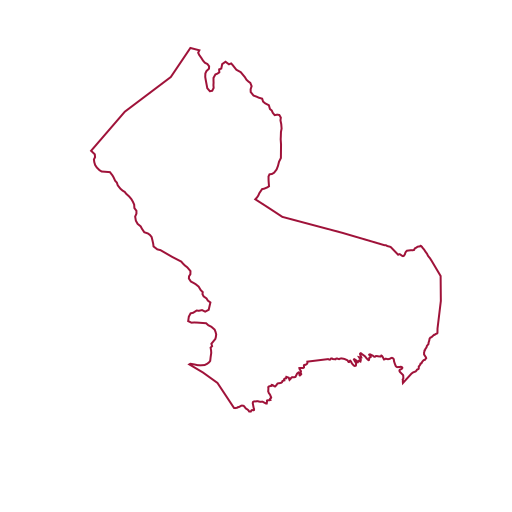 the district of San Miguel Quetzaltepec, Oaxaca, Mexico, rotated 135°
{"feature_id": "50627088B89503535126650", "entity_name": "San Miguel Quetzaltepec", "entity_type": "district", "adm_level": 2, "iso_a3": "MEX", "parent_name": "Mexico", "parent_adm1": "Oaxaca", "projection": "equal_earth", "projection_center": [-95.769, 16.979], "detail": "fine", "context": "isolated", "style": "outline", "palette": "rose", "viewbox_px": 512, "rotation_deg": 135, "n_neighbors": 0, "source": "geoboundaries", "source_scale": "gbopen_adm2", "svg_char_len": 6073}
<svg xmlns="http://www.w3.org/2000/svg" viewBox="0 0 512 512"><g transform="rotate(135 256 256)"><path d="M157.6,172.9L178.5,211.2L209.7,265.0L212.5,278.6L216.4,296.6L213.8,296.7L211.7,297.1L209.1,298.1L204.4,299.0L202.6,297.8L199.4,296.5L197.5,296.1L194.0,300.2L190.9,303.4L188.7,304.2L186.7,302.7L184.3,302.1L180.3,302.6L176.7,304.2L173.0,306.4L169.1,307.7L159.5,317.1L156.0,321.1L153.9,323.0L150.6,326.1L147.8,328.0L144.9,331.4L142.8,334.6L140.6,336.3L139.8,339.2L141.0,340.9L143.2,342.4L142.9,345.4L142.0,347.7L142.2,350.1L140.3,353.5L141.6,357.6L141.8,360.2L140.4,362.9L142.1,366.0L142.9,368.2L144.3,371.2L143.8,375.7L141.9,377.7L139.0,379.2L137.6,382.5L138.0,384.6L138.1,387.4L137.4,390.3L136.8,396.8L138.2,401.6L137.5,407.6L137.4,409.7L139.6,410.7L140.2,414.9L144.2,415.6L148.0,413.1L150.1,414.0L152.1,411.8L154.5,412.3L156.3,413.1L160.1,412.0L162.0,410.1L163.5,408.5L165.3,406.9L167.1,404.8L170.1,403.8L172.1,405.1L171.8,409.1L166.8,416.4L165.3,418.5L162.7,420.9L160.3,421.8L156.8,421.7L155.0,423.3L154.6,426.1L155.5,428.8L155.3,431.7L154.6,434.7L154.0,438.3L153.2,440.6L150.6,441.5L155.3,449.5L189.7,442.8L246.7,450.8L298.2,447.0L298.1,441.9L299.9,439.7L302.3,438.9L304.0,436.7L305.4,434.1L306.0,431.2L306.0,427.4L305.4,424.9L300.0,418.6L300.5,414.5L301.1,412.3L302.4,408.8L302.5,406.3L303.8,403.7L304.3,399.5L304.1,396.6L303.5,394.1L303.8,391.9L303.6,387.8L303.9,384.4L304.7,381.4L305.8,378.5L308.1,375.9L308.6,372.5L310.6,370.5L313.6,369.3L316.0,365.9L317.0,362.4L316.6,358.5L317.4,355.9L318.2,351.8L316.5,348.4L316.1,345.8L316.4,343.2L318.1,340.4L320.0,337.4L321.7,335.2L321.1,330.5L319.4,327.7L315.9,314.6L312.8,304.9L313.0,302.4L313.0,299.7L312.6,296.6L313.0,291.7L315.3,289.5L317.7,289.0L319.4,287.5L320.1,284.0L319.2,281.1L318.6,278.8L318.2,274.9L319.2,271.0L319.2,268.1L320.8,266.9L321.6,264.5L321.0,261.0L321.6,258.5L321.1,255.4L327.5,251.4L331.3,252.6L332.4,255.9L335.2,257.7L336.5,259.4L340.6,260.3L342.8,261.7L346.4,260.6L350.0,257.9L348.8,254.5L346.6,252.6L344.4,250.2L338.8,243.7L338.7,240.8L337.6,237.5L337.3,233.2L338.3,230.9L339.6,228.7L341.7,227.1L343.4,226.1L349.6,225.5L350.8,223.3L352.9,223.3L354.6,220.9L356.2,219.1L359.3,216.8L362.6,214.2L364.4,214.0L366.7,214.3L369.4,215.2L372.4,217.8L374.5,220.1L376.2,222.8L378.6,226.2L379.8,226.5L375.9,211.2L373.0,193.5L379.0,164.1L378.2,163.1L376.7,162.1L376.1,161.8L375.6,161.9L374.7,161.2L372.4,160.6L371.7,160.2L370.7,158.8L370.7,157.9L371.0,155.3L370.6,153.6L370.5,152.3L370.8,150.9L369.7,149.7L368.5,150.0L367.8,149.9L367.5,149.6L366.9,148.7L366.4,148.5L365.6,149.1L365.1,150.2L362.4,154.2L361.7,154.7L361.2,154.9L360.1,154.5L358.7,153.1L358.0,152.7L357.4,152.1L356.9,151.1L356.0,149.8L354.4,148.4L353.2,144.5L352.7,144.1L352.0,144.7L351.2,145.2L350.5,146.0L350.1,146.0L348.4,144.4L347.6,144.0L347.3,145.0L346.4,145.2L345.7,145.0L345.2,145.3L344.8,146.5L344.4,147.3L344.0,148.7L343.9,149.9L343.0,151.8L342.3,152.3L340.6,153.9L340.1,154.6L339.3,154.7L337.6,153.8L336.8,153.1L336.4,153.3L336.0,153.7L335.5,153.0L335.1,150.7L334.7,150.2L332.7,150.3L331.1,150.6L330.5,150.4L329.1,149.3L327.7,148.5L326.8,148.4L325.7,148.9L324.4,148.3L323.9,148.0L323.3,149.0L322.5,149.0L322.0,148.8L321.2,148.2L320.8,148.4L320.4,148.9L320.0,149.1L318.9,146.8L319.9,144.7L318.4,144.7L317.8,145.0L316.5,144.7L316.2,144.8L314.8,143.3L313.6,142.6L310.1,143.8L308.1,143.6L307.9,143.4L307.9,142.8L308.4,142.1L309.4,141.2L309.4,140.5L308.0,140.4L307.5,140.5L307.1,141.6L306.6,142.2L305.8,142.6L305.6,142.9L305.1,145.3L304.6,146.1L304.3,145.9L303.2,144.8L302.7,144.4L302.1,143.6L301.3,143.3L300.8,143.3L300.4,143.7L299.6,144.7L299.2,144.9L298.8,144.8L298.0,144.0L296.0,143.7L295.2,144.1L294.4,145.0L277.9,132.1L277.5,131.0L277.0,130.4L276.5,130.3L275.7,130.5L275.3,130.4L274.7,129.8L274.6,128.9L274.0,128.1L273.1,127.2L272.8,126.7L272.0,126.8L271.2,126.3L271.0,125.8L270.2,124.3L269.2,124.0L268.1,123.3L266.8,121.5L266.2,120.5L265.2,117.9L265.1,117.3L265.5,115.6L265.2,115.2L264.7,115.2L263.7,115.5L263.4,115.4L263.4,115.0L263.5,114.0L264.0,112.8L264.2,111.5L264.3,109.4L263.9,108.3L262.8,107.9L261.1,109.3L260.7,110.6L260.6,111.4L259.9,113.6L259.5,113.6L259.3,112.9L258.9,110.9L258.9,110.3L259.3,109.2L259.2,108.9L258.5,109.0L258.0,108.8L257.5,109.2L257.1,109.2L256.9,108.8L256.7,107.6L255.3,108.4L255.0,109.0L255.1,109.9L254.7,111.5L253.8,110.0L253.3,109.7L252.0,112.7L251.5,113.3L250.8,113.3L250.5,112.8L250.5,112.0L249.9,108.3L249.9,107.4L250.1,106.1L250.2,104.2L250.1,102.8L249.7,102.6L249.2,102.9L248.1,103.8L247.6,103.9L246.4,103.4L245.9,103.8L245.7,104.1L245.6,104.8L245.9,105.6L245.7,106.2L245.4,106.2L244.9,105.8L244.7,105.4L244.3,104.1L243.9,103.1L243.7,101.4L243.3,100.8L242.7,100.5L242.0,100.5L241.3,99.8L240.5,98.6L239.0,96.8L237.8,97.0L237.6,96.3L237.7,95.5L238.3,93.4L238.7,92.4L238.2,92.0L236.9,91.7L235.9,90.0L235.0,89.2L233.9,88.6L232.9,88.4L231.9,87.9L231.5,86.9L231.5,85.9L232.1,84.8L232.7,84.2L233.9,81.9L235.0,79.4L235.0,78.4L234.8,77.7L234.2,77.0L233.3,76.4L232.7,75.7L231.9,75.3L231.5,74.4L231.4,73.9L231.6,73.4L232.4,73.2L233.0,73.2L234.8,73.9L235.8,73.4L236.2,72.3L236.2,67.9L236.4,67.4L238.3,65.3L239.7,64.9L240.4,63.7L241.0,63.4L241.9,62.3L229.2,62.9L227.2,62.6L224.8,61.5L223.7,61.5L222.5,61.8L221.1,61.2L220.3,61.5L219.0,62.8L218.0,62.8L216.0,63.2L215.7,63.6L214.5,63.2L213.2,63.7L211.1,63.8L209.9,63.1L209.2,63.3L207.9,63.4L207.5,64.2L206.8,67.5L205.3,69.0L204.4,69.4L203.6,70.1L202.9,70.0L202.0,70.5L200.1,70.8L198.7,71.6L196.3,71.8L195.4,72.6L193.3,73.7L191.7,74.8L190.3,75.0L189.4,74.5L185.9,74.4L185.5,73.9L184.4,73.9L182.8,73.2L182.1,73.3L178.9,76.4L157.1,93.5L139.6,111.3L135.0,129.3L135.0,129.8L134.6,131.0L134.4,133.3L134.2,134.7L133.5,136.6L133.1,139.4L132.6,141.6L132.4,144.4L132.2,144.9L132.2,146.3L132.5,146.9L133.2,146.8L134.8,148.1L135.7,148.4L137.0,148.6L137.9,149.0L138.9,148.9L139.9,148.5L141.2,149.3L142.3,150.5L145.5,153.0L147.0,153.0L148.1,152.7L149.6,151.9L150.7,151.7L151.5,151.6L152.2,152.0L152.6,153.0L153.0,155.4L153.4,156.0L154.6,156.4L154.4,166.9L154.7,167.8L156.2,170.3L156.3,171.1L156.6,171.8L157.6,172.9Z" fill="none" stroke="#9f1239" stroke-width="2"/></g></svg>